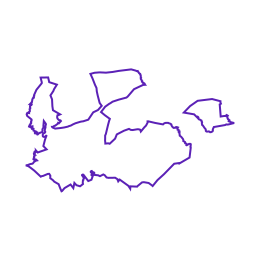 Heroica Ciudad de Huajuapan de León, Oaxaca, Mexico (orthographic projection), rotated 83°
{"feature_id": "50627088B27284729610040", "entity_name": "Heroica Ciudad de Huajuapan de León", "entity_type": "district", "adm_level": 2, "iso_a3": "MEX", "parent_name": "Mexico", "parent_adm1": "Oaxaca", "projection": "orthographic", "projection_center": [-97.814, 17.883], "detail": "fine", "context": "isolated", "style": "outline", "palette": "violet", "viewbox_px": 256, "rotation_deg": 83, "n_neighbors": 0, "source": "geoboundaries", "source_scale": "gbopen_adm2", "svg_char_len": 5860}
<svg xmlns="http://www.w3.org/2000/svg" viewBox="0 0 256 256"><g transform="rotate(83 128 128)"><path d="M69.3,150.1L69.1,154.4L69.7,158.7L74.4,157.2L81.1,155.5L84.4,154.4L87.9,154.5L92.1,154.1L99.6,153.1L102.8,151.4L106.5,155.6L108.2,160.6L114.9,166.4L115.9,171.7L115.9,173.2L116.0,174.5L116.9,179.6L117.7,182.2L118.6,184.4L119.0,186.7L119.3,187.5L119.7,191.3L119.8,194.8L119.7,200.4L118.3,202.8L118.0,203.1L117.6,203.2L117.7,202.2L116.9,200.9L116.9,200.2L115.4,197.5L114.3,196.7L114.9,196.0L112.9,193.7L112.2,194.1L111.8,195.4L111.6,195.7L110.1,196.8L109.7,196.9L108.8,197.0L107.6,196.8L106.7,196.4L106.7,195.4L106.2,193.7L101.2,200.3L97.1,200.4L90.3,199.9L86.2,201.0L82.2,197.6L80.5,196.7L76.3,193.3L72.9,200.6L68.1,201.1L67.3,208.6L72.2,208.0L73.1,208.2L78.9,214.2L84.0,217.3L84.6,217.1L85.2,217.7L86.3,217.7L86.3,218.0L86.5,218.2L86.4,218.3L86.8,218.8L87.3,219.0L87.9,219.5L88.3,219.5L90.8,220.3L90.8,220.6L90.9,220.8L91.2,221.0L92.1,222.1L92.1,221.5L92.8,220.7L93.6,221.2L93.5,221.9L93.8,222.4L95.4,222.8L96.1,222.5L96.9,222.7L97.3,223.4L99.2,223.3L100.0,223.9L100.1,224.5L100.4,224.6L101.1,224.5L100.7,226.0L101.2,226.5L101.7,226.4L102.1,226.9L102.3,226.9L103.7,226.6L107.8,222.7L108.4,222.9L109.0,222.8L109.3,223.2L109.9,223.5L110.6,223.4L110.9,223.7L111.5,223.6L111.9,224.3L112.5,224.7L113.2,224.4L113.5,224.5L113.3,225.3L113.9,225.5L114.2,226.0L114.5,226.1L115.6,224.3L114.8,222.6L115.0,222.6L116.1,223.6L116.9,223.5L117.2,223.4L117.2,222.5L117.0,222.1L117.1,221.9L117.3,221.8L118.0,222.2L119.1,222.1L119.5,221.1L119.8,220.8L121.7,221.1L122.0,221.0L122.1,220.7L121.9,220.4L120.3,220.2L120.1,220.1L120.2,219.8L120.8,219.4L121.3,218.6L122.8,219.1L123.4,218.8L123.4,218.4L123.3,218.2L122.7,217.6L122.0,216.0L122.0,215.3L121.8,215.0L121.6,213.8L121.4,213.4L118.9,213.1L117.9,212.5L117.3,211.7L116.8,211.5L115.9,211.8L110.8,210.7L113.7,209.1L114.3,209.0L116.0,209.7L117.3,209.8L119.9,210.9L121.0,210.9L121.5,210.6L122.1,210.7L122.5,211.1L122.8,211.6L123.2,212.8L123.9,213.3L124.8,213.5L125.9,213.5L126.4,213.0L126.6,212.5L126.6,211.9L126.4,211.3L125.2,209.6L129.2,211.7L135.6,214.2L139.3,211.4L141.3,220.6L139.1,222.1L140.5,222.1L140.7,222.6L140.2,222.8L139.9,223.2L140.0,223.5L140.8,224.0L142.1,224.0L142.4,223.7L142.6,223.8L142.4,224.5L142.8,224.5L143.1,224.3L143.5,223.8L143.6,224.3L144.6,224.3L144.8,224.7L145.5,224.6L145.8,225.0L146.4,225.1L147.4,225.7L147.9,225.4L148.0,224.4L147.8,223.9L148.0,223.4L148.3,223.2L148.3,222.9L149.1,222.3L149.2,223.4L150.2,225.4L151.6,226.8L151.8,227.4L151.9,229.5L152.6,232.3L152.6,234.0L153.8,231.5L156.0,229.1L158.9,226.2L165.7,220.5L165.3,219.6L165.2,218.1L163.8,213.2L163.9,211.8L165.8,210.9L168.3,211.3L170.6,208.9L172.3,207.7L175.3,203.7L179.7,202.6L182.7,201.7L182.5,201.1L179.9,198.3L177.1,191.9L181.0,189.6L176.0,187.9L178.5,186.1L180.0,182.7L179.5,181.8L178.1,179.5L176.9,179.6L174.4,179.1L174.1,178.6L173.5,178.6L172.7,177.9L172.1,178.0L170.2,178.9L169.4,179.4L169.0,179.3L168.8,178.8L168.7,178.4L169.0,177.9L175.8,173.9L174.9,170.6L171.5,168.9L170.3,170.0L169.8,169.9L168.4,169.0L168.1,169.1L167.8,169.8L167.3,170.3L166.8,170.3L166.2,169.6L166.2,169.2L167.1,168.7L167.7,167.9L168.1,167.1L168.6,166.9L169.0,167.3L169.1,168.2L169.4,168.8L169.9,168.5L170.4,167.4L171.3,163.4L172.4,161.7L171.1,158.2L172.0,156.9L174.5,155.3L175.1,153.4L175.8,146.8L177.8,144.4L177.9,144.7L179.8,144.2L178.2,142.5L185.4,134.7L188.5,133.2L186.2,132.7L187.3,126.1L186.8,125.6L183.7,120.7L183.7,118.9L185.1,114.2L187.9,111.2L188.6,110.6L183.3,105.1L178.3,98.0L169.1,86.5L169.0,81.2L169.4,81.2L164.8,70.5L155.1,68.1L154.4,68.4L153.7,68.0L153.0,68.0L152.4,67.7L151.5,67.8L151.3,68.2L151.2,69.4L152.3,71.8L152.2,72.0L151.7,71.7L151.1,71.8L150.8,71.9L150.6,72.0L150.4,72.9L150.1,73.2L148.9,73.1L147.7,74.7L146.9,74.5L145.6,74.8L143.3,76.2L141.9,77.6L140.6,77.5L139.9,77.7L139.0,77.4L138.5,77.9L137.9,77.5L137.8,78.2L136.7,78.1L136.4,77.9L135.8,78.9L135.3,78.7L134.9,79.1L134.5,79.2L134.1,79.2L133.5,78.5L133.0,79.5L132.9,80.2L133.1,80.6L133.4,80.7L133.6,81.4L133.5,81.8L133.3,82.3L133.4,82.8L132.1,83.9L131.0,84.4L130.5,84.6L129.8,84.5L129.0,85.3L128.4,86.6L127.8,87.5L127.5,89.8L127.6,90.8L127.9,91.7L128.7,92.8L126.3,100.4L123.8,107.2L123.8,107.8L124.9,107.8L127.8,109.8L129.3,111.7L133.1,115.7L131.2,116.1L130.6,117.5L130.4,119.1L130.6,123.6L130.2,125.5L129.0,127.1L130.2,132.3L133.0,139.9L137.0,142.1L141.4,148.1L140.8,149.5L140.7,152.4L139.5,152.3L137.8,152.3L135.2,151.9L132.7,151.6L131.2,150.7L122.4,147.4L118.7,145.9L116.7,144.9L112.6,149.3L108.9,152.8L104.1,148.1L101.7,143.7L101.2,142.4L100.0,140.1L98.7,133.6L97.6,125.8L96.7,124.4L90.2,117.3L87.1,107.9L87.2,105.8L86.9,106.0L86.0,106.1L84.9,107.3L84.9,107.8L84.4,107.9L83.8,108.5L83.1,108.2L82.9,108.4L82.6,108.7L81.5,108.8L81.0,109.3L80.5,109.3L80.1,109.3L79.7,108.9L79.0,109.2L77.9,108.9L77.2,109.1L76.6,109.4L76.2,109.4L76.1,109.2L75.8,109.3L75.6,109.7L75.1,110.0L75.0,110.3L73.6,110.9L73.3,111.3L72.6,111.4L72.6,112.5L72.0,113.3L70.2,117.7L70.2,130.4L70.5,136.3L70.4,143.1L69.5,148.3L69.3,150.1ZM113.0,32.2L109.5,41.0L109.5,55.6L113.8,63.7L119.5,70.7L122.5,60.7L125.6,58.3L125.2,57.6L125.4,57.3L126.0,56.9L126.4,56.8L126.7,56.9L126.9,57.3L128.0,56.6L128.6,55.4L128.8,55.2L129.0,54.9L129.2,54.7L129.5,54.2L129.9,54.1L130.3,54.2L130.6,53.9L131.1,54.0L131.5,53.8L132.0,54.1L133.0,54.1L133.5,54.0L133.9,54.1L134.6,53.4L137.5,51.9L138.4,51.2L139.4,51.0L140.0,51.1L140.4,51.1L141.1,50.5L141.3,49.0L141.2,48.3L141.4,47.8L142.2,47.0L142.2,46.0L141.7,44.6L141.1,44.1L139.7,44.0L137.5,42.7L136.9,31.2L136.7,30.6L136.4,30.1L136.7,29.0L136.7,27.8L136.0,22.0L134.8,25.1L133.6,27.2L133.0,26.9L132.6,26.4L131.7,27.2L131.7,27.5L131.2,27.8L130.5,27.8L130.1,28.1L128.8,28.1L128.4,27.8L128.3,28.5L128.0,28.4L127.6,27.9L127.1,28.5L127.9,29.7L127.8,31.7L127.9,34.6L115.8,34.1L115.2,32.8L114.0,33.1L113.3,33.1L113.0,32.9L113.0,32.2Z" fill="none" stroke="#5b21b6" stroke-width="2"/></g></svg>